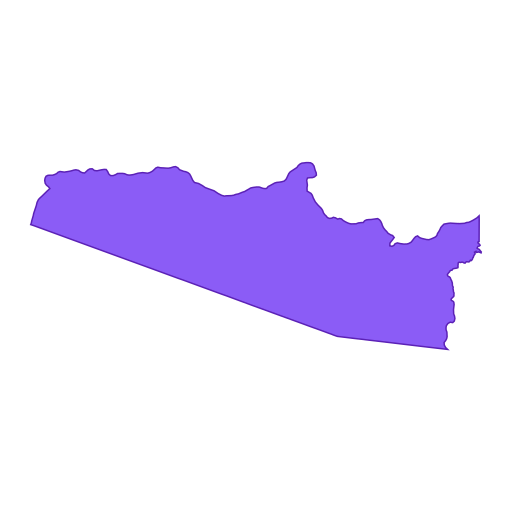 outline of Guajará, Amazonas, Brazil
{"feature_id": "56859067B49673478876868", "entity_name": "Guajará", "entity_type": "district", "adm_level": 2, "iso_a3": "BRA", "parent_name": "Brazil", "parent_adm1": "Amazonas", "projection": "mercator", "projection_center": [-72.639, -7.252], "detail": "fine", "context": "isolated", "style": "filled", "palette": "violet", "viewbox_px": 512, "rotation_deg": 0, "n_neighbors": 0, "source": "geoboundaries", "source_scale": "gbopen_adm2", "svg_char_len": 4925}
<svg xmlns="http://www.w3.org/2000/svg" viewBox="0 0 512 512"><path d="M447.6,349.4L445.6,347.5L444.3,345.1L444.1,342.5L445.6,340.6L446.6,338.8L447.1,336.7L446.9,332.1L446.1,329.9L446.0,327.8L446.3,325.8L447.9,323.5L450.2,322.2L452.7,322.6L454.3,321.1L454.9,318.5L454.5,316.0L453.7,314.0L453.5,309.7L454.1,304.5L453.8,302.2L453.3,301.5L452.3,300.8L451.6,300.5L451.1,299.9L451.2,299.0L452.0,298.1L452.8,297.3L453.6,296.6L454.0,295.8L453.8,295.0L454.0,294.2L454.0,292.9L453.5,291.9L453.4,290.9L453.3,289.9L453.0,288.7L453.2,287.1L452.7,286.2L452.4,285.2L452.4,284.2L452.3,282.9L452.0,282.0L451.7,281.0L451.2,280.0L450.7,279.0L450.3,277.8L449.5,276.9L448.4,276.5L447.6,275.6L447.4,274.5L448.2,273.3L448.9,272.5L449.5,271.9L450.0,270.9L451.1,270.2L451.9,270.3L452.5,269.4L453.3,268.7L454.4,268.5L455.7,268.3L456.7,268.1L457.9,267.7L458.1,266.8L457.8,266.0L458.1,265.1L458.1,263.9L458.2,262.9L459.1,262.2L460.4,262.5L461.6,262.2L462.8,262.2L464.1,263.0L465.1,263.1L465.7,262.3L466.6,261.7L467.9,261.9L469.0,261.9L469.8,261.2L470.4,260.2L471.2,260.6L472.0,259.9L472.5,259.0L472.7,258.0L473.2,257.5L473.5,256.7L473.8,255.7L474.5,254.6L475.1,253.9L475.0,253.0L474.5,252.2L475.2,251.8L476.0,251.3L476.5,252.4L477.7,252.2L478.7,251.9L479.5,252.3L480.4,252.5L481.0,252.9L481.3,252.0L480.6,251.1L480.0,250.4L479.3,249.4L478.1,248.9L477.1,248.2L477.4,247.3L478.1,246.3L479.4,246.0L480.1,245.3L479.5,244.2L478.6,243.6L477.9,242.8L478.2,241.8L479.1,241.6L479.2,219.3L479.1,215.8L476.9,217.9L473.3,220.1L471.0,221.3L468.8,222.3L466.7,222.5L464.5,223.3L459.7,223.6L456.4,223.5L454.9,223.4L451.6,223.2L450.5,223.1L448.4,223.3L446.2,223.7L444.0,224.1L443.1,225.0L442.3,225.8L440.8,227.5L440.0,229.4L438.8,231.6L437.5,233.5L436.9,235.4L436.2,236.2L435.5,236.9L434.1,237.6L431.2,238.9L428.9,239.7L427.6,239.6L426.4,239.5L421.7,238.4L419.6,237.6L417.6,235.9L415.6,236.7L414.1,238.3L412.7,240.2L411.2,242.1L410.0,242.8L408.7,243.5L406.8,244.0L405.5,244.0L404.2,244.1L403.2,244.0L401.8,243.8L401.0,243.7L399.8,243.5L397.3,242.9L396.3,243.3L395.1,243.7L393.9,245.4L392.0,246.3L389.8,245.8L389.9,243.2L391.2,241.4L392.3,240.1L392.9,239.3L394.2,237.5L392.6,235.5L390.6,234.8L388.1,233.3L386.7,231.5L385.1,229.9L383.5,227.8L382.3,225.3L381.8,223.6L380.8,221.5L379.6,219.9L377.7,218.6L371.1,219.5L368.4,219.6L366.4,219.9L364.6,220.8L363.3,222.5L360.8,222.6L359.7,222.8L358.5,222.9L356.0,223.8L351.0,223.9L348.9,223.4L347.0,222.6L345.2,221.7L343.2,220.5L341.4,218.9L339.4,218.5L338.7,218.8L337.7,219.1L335.4,217.8L334.4,217.6L333.4,217.3L331.6,218.2L329.3,218.4L327.5,217.6L326.8,216.8L326.2,216.0L324.7,214.6L323.5,212.9L322.6,210.4L321.4,208.5L318.0,205.1L315.3,201.9L313.2,197.8L312.7,196.4L312.2,195.1L311.0,193.4L307.1,191.1L307.1,190.3L307.0,187.9L307.4,185.1L306.7,180.2L307.5,178.0L309.8,177.7L312.5,177.6L314.5,176.9L316.4,175.2L316.2,172.8L315.2,170.4L314.0,166.0L313.2,164.9L312.5,163.9L310.6,162.8L308.3,162.6L306.2,162.6L304.1,162.9L302.0,163.1L300.2,163.9L298.3,165.5L296.9,167.5L290.2,171.9L288.8,173.6L286.7,178.1L285.9,179.5L284.1,181.1L281.6,181.8L279.1,182.2L276.8,182.4L274.7,183.0L270.0,185.6L268.2,186.5L266.6,188.4L265.4,188.6L264.0,188.5L262.8,188.3L261.7,187.9L260.8,187.6L259.9,187.2L258.9,187.0L257.7,187.0L256.4,187.0L255.2,187.2L254.1,187.3L252.8,187.5L251.9,187.7L250.9,187.9L250.1,188.3L249.0,189.0L246.5,190.4L244.7,191.5L242.2,192.3L238.4,193.9L235.8,194.4L233.5,195.3L232.5,195.4L231.4,195.6L226.2,195.8L224.3,196.1L223.0,195.7L221.8,195.4L218.1,193.5L214.1,190.8L208.5,188.8L206.1,187.9L205.1,187.5L204.4,187.0L202.4,185.6L198.6,183.5L194.5,182.5L192.8,180.4L190.7,175.9L189.6,174.0L187.9,172.6L185.7,171.7L183.6,171.3L179.5,169.7L177.9,167.8L175.6,166.6L173.4,166.9L170.6,167.8L168.2,168.2L166.1,168.1L163.3,167.9L160.7,167.8L157.8,167.2L155.8,168.0L154.7,169.1L152.4,171.2L150.0,172.5L147.7,173.2L142.6,172.6L138.0,173.2L135.6,173.9L133.6,174.5L131.3,174.9L129.2,175.1L127.1,174.8L124.6,173.7L122.5,173.4L120.3,173.4L117.5,173.5L115.7,174.6L113.2,175.6L110.6,175.6L109.9,175.0L108.7,173.9L107.7,171.6L106.2,169.5L104.2,169.4L101.5,169.8L97.0,170.8L94.4,170.5L92.3,168.8L89.9,168.9L88.1,169.8L85.5,172.2L84.6,173.0L82.4,172.7L80.5,171.9L78.6,170.4L75.9,169.8L73.9,170.1L71.5,170.8L69.4,171.3L64.3,172.1L60.0,171.5L58.1,172.2L56.6,173.6L54.7,174.5L52.6,175.2L50.4,175.2L48.0,175.3L46.1,176.2L45.1,178.1L44.7,180.4L45.2,183.3L46.5,185.2L48.5,186.8L49.9,188.6L47.3,190.9L41.9,196.2L39.9,198.0L38.5,199.5L37.1,202.3L36.3,205.6L33.7,213.4L33.2,215.9L32.8,217.2L31.7,221.0L31.3,223.1L30.7,224.6L33.7,225.6L76.1,241.1L149.1,267.7L178.4,278.4L183.0,280.0L212.5,290.8L220.7,293.8L227.2,296.1L253.4,305.8L303.4,324.0L309.1,326.1L314.1,327.9L316.1,328.6L325.4,332.0L327.8,332.9L332.0,334.4L332.9,334.8L333.7,335.1L335.1,335.6L336.5,336.1L337.5,336.4L349.2,337.8L354.0,338.4L356.6,338.7L363.1,339.4L365.3,339.7L385.8,342.1L395.8,343.3L397.5,343.5L421.0,346.3L447.6,349.4Z" fill="#8b5cf6" stroke="#5b21b6" stroke-width="1.5"/></svg>